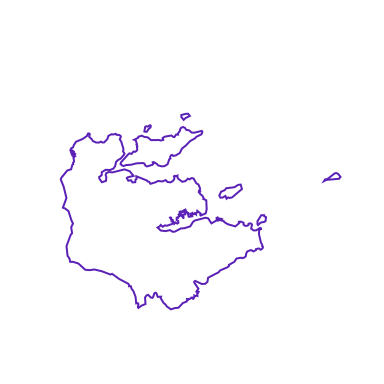 the district of Kota Tanjung Pinang, Kepulauan Riau, Indonesia, rotated 154°
{"feature_id": "22746128B73074683492420", "entity_name": "Kota Tanjung Pinang", "entity_type": "district", "adm_level": 2, "iso_a3": "IDN", "parent_name": "Indonesia", "parent_adm1": "Kepulauan Riau", "projection": "orthographic", "projection_center": [104.462, 0.915], "detail": "fine", "context": "isolated", "style": "outline", "palette": "violet", "viewbox_px": 384, "rotation_deg": 154, "n_neighbors": 0, "source": "geoboundaries", "source_scale": "gbopen_adm2", "svg_char_len": 6127}
<svg xmlns="http://www.w3.org/2000/svg" viewBox="0 0 384 384"><g transform="rotate(154 192 192)"><path d="M229.7,109.6L229.2,110.5L228.1,110.7L223.5,105.0L220.3,103.7L217.5,104.5L215.1,107.9L203.3,108.2L201.1,109.2L193.3,108.8L191.3,109.2L190.8,110.3L184.4,110.7L181.2,112.7L176.6,111.4L175.7,110.4L173.3,110.2L171.7,110.8L170.3,112.9L168.4,114.3L164.4,114.0L162.9,111.7L160.1,111.7L159.5,112.6L156.7,112.0L155.5,110.0L153.5,110.3L152.3,111.4L152.7,112.5L152.1,113.3L152.2,116.4L150.3,124.7L148.6,127.9L147.1,128.7L146.2,128.4L145.9,129.1L146.6,129.9L151.2,129.4L153.5,130.5L154.9,133.2L152.5,136.1L152.5,137.5L154.1,138.6L155.2,138.6L155.6,137.6L157.0,137.4L159.2,138.4L160.0,140.0L159.1,141.7L160.8,143.7L162.6,144.7L163.1,144.6L163.1,143.4L168.1,142.1L173.9,147.3L176.0,150.5L176.3,152.1L178.6,154.0L177.0,154.6L177.7,155.3L178.9,156.0L179.7,154.7L181.1,154.9L180.7,156.1L181.2,156.6L180.0,157.0L180.1,157.9L181.3,157.9L181.8,155.7L188.3,155.3L189.0,161.2L191.0,162.9L201.8,165.1L204.2,164.7L208.6,161.9L214.8,162.8L217.9,164.1L224.9,163.9L226.8,164.7L228.5,167.4L232.9,168.4L237.0,171.1L238.5,175.2L236.2,175.2L234.5,176.1L233.6,173.6L230.9,173.9L229.5,172.7L223.1,171.9L222.6,174.5L223.0,178.8L223.0,179.6L222.7,177.9L222.1,177.8L222.6,176.4L221.9,175.6L222.4,175.2L221.7,175.1L221.8,174.1L222.3,174.1L221.8,173.2L222.3,172.9L222.1,172.2L221.0,172.0L221.3,171.4L220.2,171.8L219.0,170.0L217.8,170.2L217.1,172.1L218.1,173.5L217.0,175.6L216.2,175.1L216.2,176.2L216.1,175.7L214.2,175.6L213.7,176.2L214.0,177.5L212.6,178.1L212.1,175.0L210.9,173.2L211.6,171.6L210.5,173.3L211.7,175.5L206.9,174.7L211.7,175.8L212.3,178.6L211.7,179.7L210.8,179.5L211.3,178.0L209.1,178.1L208.8,178.9L208.1,179.0L208.3,177.9L207.4,177.5L206.8,177.4L206.7,177.8L207.3,177.6L206.7,179.1L205.6,179.1L205.8,176.7L207.0,176.8L207.1,176.2L205.3,175.9L205.3,174.7L204.2,175.6L205.8,172.1L205.6,171.0L202.4,170.1L202.2,170.9L203.4,171.5L203.1,173.0L200.7,173.0L200.7,171.5L199.3,171.0L198.8,171.5L198.2,170.2L197.8,171.4L196.4,171.3L195.5,172.7L193.7,168.9L193.7,167.8L194.6,167.7L194.4,167.0L189.0,166.8L186.4,170.0L182.8,178.3L184.7,180.6L184.2,180.7L184.3,184.0L185.5,186.7L185.6,187.9L184.8,188.6L185.9,188.9L185.2,190.1L184.5,189.9L183.3,191.3L182.9,194.8L183.0,196.0L184.3,198.0L184.7,203.5L186.3,204.7L188.6,204.4L189.9,205.8L193.0,204.7L196.2,205.4L198.5,209.7L198.7,211.4L197.9,213.1L198.9,213.0L200.4,214.1L201.4,214.0L201.5,212.6L202.5,211.2L204.3,210.3L206.9,210.0L209.6,211.7L210.4,214.2L214.1,214.5L217.7,216.8L220.5,216.7L225.8,217.6L226.0,219.9L227.4,221.1L227.5,222.1L235.1,230.5L236.1,228.0L237.2,228.0L238.7,225.7L241.3,226.7L241.7,229.4L244.3,230.0L244.5,233.1L243.5,233.4L237.5,232.1L238.9,238.0L242.7,241.9L254.9,244.5L257.9,246.4L260.7,246.6L262.2,245.1L262.5,242.9L264.4,239.7L268.7,240.3L269.4,244.4L268.9,246.2L265.9,246.6L264.4,249.4L259.9,249.8L256.0,247.7L252.3,247.5L249.7,249.0L247.0,252.4L244.2,253.2L241.4,253.3L236.8,255.3L235.8,256.2L236.2,258.7L234.8,260.5L233.5,268.4L233.8,271.1L231.8,272.7L231.6,273.8L232.5,275.2L234.8,276.5L235.0,277.7L237.6,278.2L239.0,279.2L242.6,279.1L244.8,276.7L249.2,275.1L250.9,275.8L251.7,277.2L254.0,277.2L256.6,278.6L258.8,281.3L258.9,283.2L260.2,286.8L258.5,288.8L258.9,289.8L259.9,290.1L261.9,288.4L266.9,287.6L274.2,288.0L277.6,286.0L279.4,284.2L281.3,284.3L283.0,282.9L283.2,281.3L282.3,282.1L281.5,282.0L280.5,280.1L280.9,279.7L282.6,280.1L282.9,278.9L281.0,279.2L280.3,277.3L281.1,276.8L283.5,277.7L283.5,276.9L281.7,275.3L283.5,274.8L284.6,271.1L286.1,270.4L286.6,269.0L287.6,268.9L290.7,265.4L294.7,266.0L303.1,262.1L304.5,260.7L305.0,253.1L307.5,241.6L314.9,234.5L313.3,232.8L311.4,229.0L312.8,219.4L312.8,215.8L316.0,213.3L317.9,207.5L319.8,206.7L328.5,198.4L331.8,189.3L331.3,185.9L332.1,182.6L329.7,181.5L325.5,177.6L322.0,168.9L318.2,166.6L313.8,165.2L307.8,160.3L301.5,153.6L299.7,153.5L295.6,145.8L289.5,137.5L289.3,136.0L289.9,134.9L288.3,134.2L288.7,131.4L288.1,128.7L288.7,122.4L291.0,116.3L289.5,115.9L289.3,114.7L291.1,112.4L291.0,111.3L287.3,112.0L282.9,111.7L280.5,117.7L278.2,119.0L276.5,118.8L275.2,115.1L274.1,114.3L273.0,114.6L270.3,117.4L269.1,117.6L268.4,116.8L268.8,112.8L265.7,111.5L266.7,110.4L266.1,104.4L265.1,102.5L264.8,100.1L262.4,95.8L257.9,95.1L254.9,93.9L248.9,96.2L244.7,95.9L244.1,96.9L243.0,96.8L243.1,97.9L241.1,96.9L238.5,97.3L237.6,96.7L238.1,95.9L237.7,95.4L236.2,96.3L235.3,97.9L234.7,96.9L233.5,97.1L232.7,96.2L231.7,98.2L229.8,99.4L230.3,99.9L231.7,99.7L231.8,100.5L228.6,102.3L229.7,109.6ZM210.9,230.9L207.8,228.2L205.3,227.3L201.7,227.7L198.0,231.5L196.7,231.5L196.3,233.1L195.0,234.1L193.6,234.1L193.0,232.6L190.5,232.0L185.9,232.4L182.0,235.4L177.1,236.5L171.4,238.6L165.9,238.9L163.9,239.7L158.3,239.7L156.4,241.3L156.4,242.6L164.3,244.4L166.4,245.7L167.4,248.5L169.9,250.4L170.3,252.8L171.5,254.3L173.7,254.5L175.3,253.5L175.8,252.4L179.2,250.6L179.4,249.7L181.1,250.6L183.7,249.1L184.8,249.9L185.7,251.8L192.3,253.7L194.7,253.4L195.0,251.4L197.4,251.9L199.1,253.3L206.1,256.6L207.8,260.5L210.8,262.5L212.4,264.6L215.9,265.2L216.7,264.3L221.0,264.3L219.9,263.2L220.5,259.2L221.1,259.0L221.1,257.0L221.7,256.8L222.4,254.5L223.6,253.3L225.5,253.0L226.9,254.0L229.7,252.7L231.1,254.1L232.1,254.1L242.7,249.8L244.0,248.4L243.0,246.2L241.9,245.3L239.4,245.1L234.8,243.2L229.3,242.1L223.4,239.5L222.3,238.3L222.3,236.1L221.3,234.7L215.7,233.8L214.4,234.3L214.3,235.9L213.3,235.7L211.3,232.7L210.9,230.9ZM160.8,170.1L158.2,169.6L145.8,172.8L145.0,177.3L147.4,178.2L151.8,177.7L159.6,180.4L161.8,179.3L165.7,179.5L169.0,176.9L169.0,174.5L167.1,173.6L163.7,173.8L163.9,170.8L161.9,171.3L160.8,170.1ZM66.0,144.0L54.0,139.4L51.9,140.5L52.8,144.3L54.0,145.8L55.5,146.2L62.9,144.6L65.2,144.4L66.8,145.0L68.5,143.9L66.0,144.0ZM147.3,134.3L147.1,133.3L143.8,134.4L139.9,133.4L138.6,133.7L136.5,136.9L137.7,138.5L137.3,139.5L139.9,140.8L146.0,137.0L147.3,134.3ZM168.7,264.1L167.9,260.5L165.2,261.3L160.6,261.3L161.2,264.0L163.0,264.9L167.8,265.9L168.7,264.1ZM205.5,271.1L208.3,267.3L207.4,266.4L205.9,266.0L203.8,267.5L201.0,268.2L200.0,269.7L200.4,270.4L203.2,270.2L204.2,271.1L205.5,271.1Z" fill="none" stroke="#5b21b6" stroke-width="2"/></g></svg>